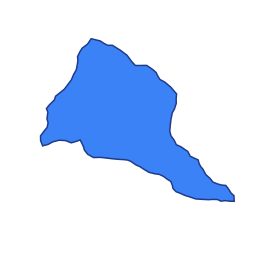 Marapoama, São Paulo, Brazil (Robinson projection), rotated 257°
{"feature_id": "56859067B26576714107152", "entity_name": "Marapoama", "entity_type": "district", "adm_level": 2, "iso_a3": "BRA", "parent_name": "Brazil", "parent_adm1": "São Paulo", "projection": "robinson", "projection_center": [-49.151, -21.255], "detail": "fine", "context": "isolated", "style": "filled", "palette": "blue", "viewbox_px": 256, "rotation_deg": 257, "n_neighbors": 0, "source": "geoboundaries", "source_scale": "gbopen_adm2", "svg_char_len": 1469}
<svg xmlns="http://www.w3.org/2000/svg" viewBox="0 0 256 256"><g transform="rotate(257 128 128)"><path d="M187.7,83.7L183.8,79.1L180.2,74.8L177.9,70.1L175.3,64.6L172.0,62.7L168.1,56.4L165.3,52.9L161.5,53.5L155.3,51.1L151.0,51.3L146.9,49.4L143.4,45.0L140.0,41.0L135.3,40.0L129.8,40.8L130.0,46.5L131.4,51.5L131.6,58.1L129.8,64.3L126.3,69.4L126.6,74.6L127.1,78.7L123.6,79.6L119.8,80.4L116.1,80.6L111.4,82.9L107.0,87.7L105.6,94.5L103.6,100.2L101.7,105.4L99.7,111.4L98.3,116.3L96.8,120.5L94.8,123.3L90.2,127.5L87.5,131.1L83.8,134.6L80.2,138.3L77.5,143.5L75.8,148.0L72.8,151.8L69.5,154.5L66.3,157.7L62.4,158.3L58.7,158.3L55.1,160.5L52.7,164.1L49.5,168.3L47.2,172.3L43.7,177.9L42.2,182.8L40.0,190.5L39.4,194.4L38.1,199.3L35.9,201.9L35.3,206.6L33.6,211.3L32.7,215.0L38.2,216.0L41.4,213.8L46.5,212.0L50.0,210.4L51.6,205.8L53.6,202.3L56.3,198.5L60.6,196.5L65.1,193.3L71.1,191.7L74.2,190.1L77.3,189.3L81.1,189.2L83.4,186.2L86.6,182.2L91.7,181.0L94.2,178.6L97.6,175.6L100.9,171.3L105.6,170.3L110.7,168.1L115.5,168.0L120.8,169.7L127.0,171.9L132.9,174.6L135.9,177.4L141.2,180.6L145.3,181.4L150.3,183.0L153.7,181.2L158.3,178.8L164.6,174.0L168.1,170.0L172.6,168.5L175.7,167.9L179.5,165.2L184.8,160.3L186.3,153.4L187.3,149.2L192.2,146.4L199.1,143.4L205.2,138.3L212.1,131.4L213.2,126.7L215.7,123.8L219.1,120.5L223.3,112.2L218.8,107.4L216.1,101.3L212.8,98.0L208.9,94.9L204.9,94.3L201.3,92.9L196.3,90.7L192.7,87.3L187.7,83.7Z" fill="#3b82f6" stroke="#1e3a8a" stroke-width="1.5"/></g></svg>